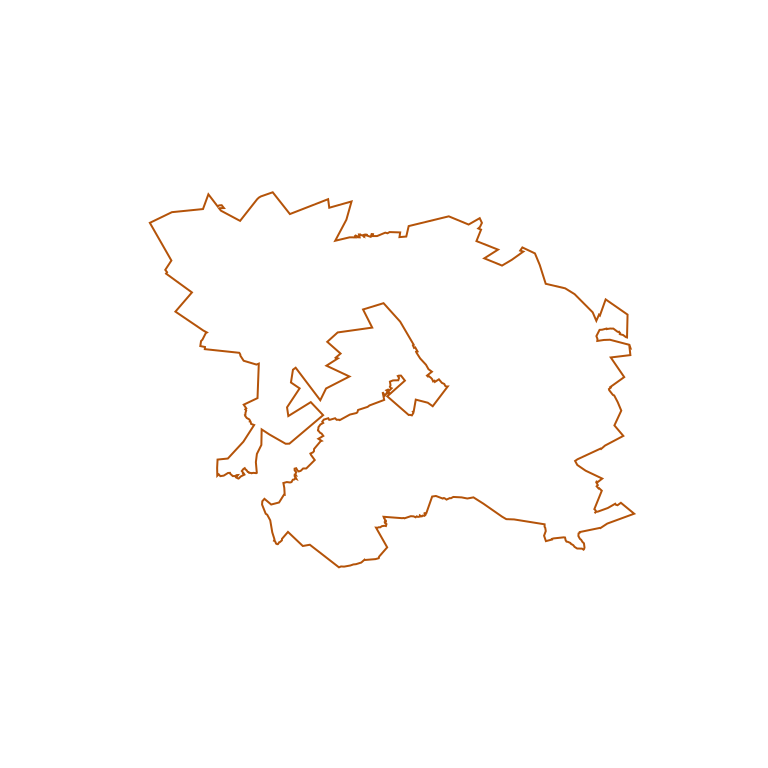 the district of Rioverde, San Luis Potosí, Mexico, rotated 297°
{"feature_id": "50627088B85408254455405", "entity_name": "Rioverde", "entity_type": "district", "adm_level": 2, "iso_a3": "MEX", "parent_name": "Mexico", "parent_adm1": "San Luis Potosí", "projection": "robinson", "projection_center": [-100.13, 21.98], "detail": "fine", "context": "isolated", "style": "outline", "palette": "amber", "viewbox_px": 768, "rotation_deg": 297, "n_neighbors": 0, "source": "geoboundaries", "source_scale": "gbopen_adm2", "svg_char_len": 6166}
<svg xmlns="http://www.w3.org/2000/svg" viewBox="0 0 768 768"><g transform="rotate(297 384 384)"><path d="M382.0,665.8L385.7,649.0L382.0,647.1L381.7,645.4L382.3,644.4L375.1,639.7L367.5,632.6L366.2,630.8L364.4,630.4L366.9,630.8L367.9,628.8L367.9,628.4L367.2,628.3L387.8,626.5L388.8,623.0L388.3,622.7L389.4,619.9L391.0,620.4L392.8,617.7L393.6,617.7L393.7,619.0L398.8,621.4L398.3,603.0L399.6,593.0L402.2,589.2L404.8,590.6L424.8,606.3L424.6,606.9L429.5,608.9L446.4,620.8L451.7,608.1L468.0,607.5L474.0,600.4L478.3,594.3L478.2,592.9L480.7,587.5L481.6,586.7L483.7,587.7L484.0,587.0L499.2,594.9L510.6,574.0L521.6,590.4L528.3,586.0L528.2,587.0L530.3,584.9L526.0,565.2L523.1,560.0L519.2,554.5L521.0,553.8L523.1,551.5L530.1,551.5L531.4,553.7L534.4,557.1L534.0,557.5L536.0,560.2L537.5,563.2L536.6,568.3L536.9,570.0L537.1,570.0L536.6,571.2L535.6,571.3L535.5,571.7L536.2,574.8L535.6,578.3L535.8,579.4L556.4,569.5L560.0,543.1L543.0,545.3L543.4,544.1L536.7,544.5L542.6,537.4L550.6,513.0L551.5,502.0L546.7,482.6L560.7,468.8L568.9,459.2L568.5,445.3L564.7,444.8L565.2,448.0L552.7,441.5L543.1,435.4L541.5,416.3L555.5,424.6L553.3,401.5L565.6,400.4L565.4,397.4L567.5,398.2L572.0,398.1L575.2,394.0L564.5,387.0L562.8,365.6L535.9,334.3L525.5,336.9L521.9,331.1L526.4,329.6L521.9,320.0L519.9,318.7L519.4,316.4L512.6,310.6L510.7,306.8L512.5,306.2L512.0,304.9L509.1,305.3L508.5,301.4L509.0,301.2L508.6,300.4L509.0,300.3L508.8,299.8L508.1,299.8L507.7,299.0L506.9,299.5L506.5,299.3L507.8,298.4L507.5,298.1L506.4,299.1L506.6,297.0L506.1,295.7L506.5,295.0L505.9,293.8L503.6,295.7L502.9,294.1L503.4,294.1L503.5,293.4L503.4,291.3L502.6,291.0L501.7,292.1L499.1,286.8L489.5,275.5L513.3,275.9L531.9,272.2L516.2,255.2L523.3,250.3L492.7,223.0L504.3,197.8L495.2,189.1L493.3,187.9L491.1,187.1L464.0,181.7L464.4,160.0L465.5,157.6L465.8,158.1L466.1,157.9L468.1,161.5L469.6,158.2L468.3,156.0L466.7,155.2L473.3,141.4L457.7,143.3L440.8,117.0L421.3,102.2L397.5,138.5L386.4,137.3L385.1,140.0L383.4,139.7L378.4,171.3L353.8,165.3L349.6,198.8L349.5,202.8L348.4,202.1L341.1,202.1L339.2,201.5L334.4,203.1L335.7,207.7L333.7,208.5L346.1,240.9L345.1,242.5L344.0,243.2L341.0,248.4L343.4,261.5L345.3,263.2L314.0,277.7L301.9,268.4L299.7,272.4L298.4,271.9L297.9,273.2L295.3,273.7L293.6,274.5L293.2,274.2L292.5,274.9L291.4,277.1L291.3,280.0L290.6,281.2L289.7,281.4L289.9,282.1L289.6,282.5L288.1,283.7L288.5,286.9L268.7,284.9L246.7,278.7L241.1,270.0L233.5,273.4L226.6,277.1L228.5,277.7L227.6,280.0L229.6,282.8L233.9,285.4L234.9,287.1L234.2,287.8L233.3,291.1L234.6,293.5L235.0,294.0L235.5,293.8L236.0,294.2L236.6,295.2L233.6,294.7L233.6,297.0L233.8,297.4L236.7,298.4L239.9,300.8L240.4,300.0L239.9,299.6L240.3,299.0L240.8,299.2L241.9,296.8L244.4,297.3L245.8,298.1L244.9,299.5L245.0,300.2L243.8,302.6L244.1,303.3L243.6,304.1L244.4,306.0L244.3,306.4L245.5,307.9L246.6,310.7L247.1,311.0L256.2,305.3L264.0,302.5L274.0,302.4L288.0,295.6L287.0,304.9L286.1,323.5L287.9,326.8L328.6,343.9L334.6,327.0L312.0,313.3L319.2,308.2L341.8,310.8L343.1,300.4L355.4,296.4L358.4,297.9L340.6,334.6L353.7,334.4L375.0,349.8L374.2,324.4L385.9,331.3L385.7,329.9L385.1,329.4L385.3,328.9L391.4,331.5L395.8,314.3L408.9,319.3L428.9,347.9L440.9,331.5L455.8,346.9L446.9,370.1L432.4,392.7L431.6,392.2L429.8,394.4L430.8,395.2L428.2,399.1L427.3,398.0L426.8,398.5L423.2,404.6L420.2,412.7L417.4,416.9L416.7,421.1L411.0,418.5L410.6,419.8L411.4,420.2L410.8,423.1L410.1,424.8L408.6,426.6L409.8,427.5L409.0,428.4L413.1,430.8L411.3,435.0L411.4,437.7L410.1,439.4L410.1,440.8L410.7,441.9L386.3,437.5L387.2,431.5L384.5,419.4L373.1,422.9L372.4,422.3L371.7,423.3L368.7,423.1L368.3,421.1L367.6,420.1L374.5,392.5L396.5,401.1L399.2,395.3L398.1,393.3L397.4,392.7L396.2,394.7L393.8,395.0L391.3,390.4L388.8,388.2L385.8,390.4L384.2,390.5L383.5,391.9L383.6,392.7L380.5,391.7L380.9,390.2L379.4,389.0L378.3,393.5L378.0,393.2L378.5,391.1L378.2,390.9L377.8,392.3L377.3,391.4L377.5,390.7L377.2,390.6L377.1,391.1L376.1,390.4L374.2,390.0L376.1,386.5L369.9,391.4L358.3,380.8L356.2,379.8L349.1,372.7L346.8,373.1L345.7,372.7L341.3,367.5L331.9,361.1L331.6,360.7L331.8,360.2L330.6,358.0L331.3,356.0L327.6,352.1L327.2,351.4L328.2,349.9L324.9,346.5L322.4,346.1L321.7,347.5L319.0,345.7L315.7,345.2L314.2,345.9L313.1,346.0L312.6,346.3L312.3,347.7L311.6,348.8L311.5,350.9L310.2,353.5L305.4,350.4L305.0,354.2L304.3,353.5L294.4,351.2L292.2,352.1L290.8,351.7L288.6,350.0L287.7,351.1L284.8,356.8L273.5,353.1L272.0,350.3L268.8,349.2L267.4,347.8L267.7,346.1L269.1,344.0L268.0,342.8L266.6,343.5L265.4,345.9L263.4,345.9L262.7,347.0L262.4,345.7L261.6,346.0L260.9,346.7L260.8,347.5L259.7,349.0L259.7,347.7L258.2,347.4L257.3,346.2L254.6,346.1L253.6,345.0L252.5,341.9L250.1,339.3L246.2,342.3L240.2,345.8L240.0,345.1L230.8,344.3L225.4,338.2L227.4,329.6L224.3,328.8L221.2,330.1L214.7,337.5L214.5,339.3L210.9,344.5L201.1,351.8L195.8,357.0L194.4,357.1L194.5,358.3L192.8,360.3L192.8,361.6L193.2,362.2L195.5,362.5L195.8,363.0L198.3,364.0L199.7,363.4L208.6,365.6L202.8,385.2L207.1,390.9L200.2,427.1L201.9,428.5L203.2,431.4L207.0,436.4L209.3,438.6L210.7,440.8L214.6,444.8L218.6,446.4L218.4,446.7L224.1,455.9L226.4,458.4L228.0,458.0L239.9,461.0L252.4,442.1L253.0,443.5L254.1,444.5L254.5,445.6L256.4,446.7L257.9,448.8L258.3,450.2L260.3,449.8L260.7,447.9L261.2,447.4L262.2,448.2L262.8,448.0L263.1,447.7L262.8,447.0L264.2,445.8L264.3,445.2L265.5,443.9L272.6,460.9L273.6,462.5L273.6,463.2L278.4,467.9L279.5,470.5L279.6,472.7L280.9,473.2L281.0,474.6L282.2,476.2L283.2,475.7L283.2,477.8L284.5,478.4L284.8,479.8L285.9,480.3L287.2,478.8L287.6,479.1L287.8,480.4L305.6,478.0L307.8,481.1L308.6,488.4L309.3,488.7L309.7,489.7L309.4,492.2L312.2,494.4L312.6,495.5L314.8,497.0L318.2,504.6L319.8,510.2L323.6,515.2L322.5,526.9L319.4,549.4L319.1,554.3L322.4,561.4L331.9,590.8L329.7,591.9L329.0,593.0L326.4,594.9L321.5,595.5L317.5,599.6L321.7,604.3L322.2,603.9L323.4,605.2L329.0,613.8L329.4,615.0L327.2,616.8L326.4,618.2L326.8,619.3L327.0,622.2L326.5,622.9L326.3,625.9L325.4,627.7L325.1,630.8L327.2,635.1L327.0,637.0L327.8,637.2L329.3,636.9L332.8,634.5L333.4,632.5L334.7,630.4L335.0,628.8L336.8,626.2L339.2,625.2L340.6,626.0L341.0,625.7L353.8,641.7L353.8,642.2L361.0,646.3L382.0,665.8Z" fill="none" stroke="#b45309" stroke-width="2"/></g></svg>